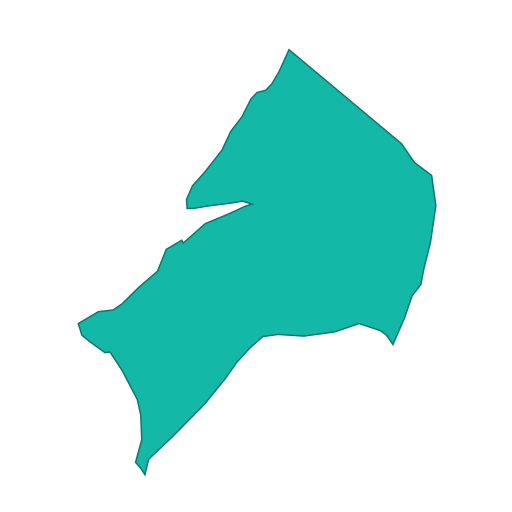 the district of Girga, Suhaj, Egypt, rotated 261°
{"feature_id": "37247803B10377703685184", "entity_name": "Girga", "entity_type": "district", "adm_level": 2, "iso_a3": "EGY", "parent_name": "Egypt", "parent_adm1": "Suhaj", "projection": "mercator", "projection_center": [31.887, 26.348], "detail": "fine", "context": "isolated", "style": "filled", "palette": "teal", "viewbox_px": 512, "rotation_deg": 261, "n_neighbors": 0, "source": "geoboundaries", "source_scale": "gbopen_adm2", "svg_char_len": 1116}
<svg xmlns="http://www.w3.org/2000/svg" viewBox="0 0 512 512"><g transform="rotate(261 256 256)"><path d="M454.6,320.9L434.5,307.6L423.7,298.7L418.2,291.6L417.3,282.6L411.8,275.5L395.7,263.9L383.0,250.5L365.9,239.0L346.9,218.5L335.2,204.2L322.6,196.2L313.7,195.4L312.8,201.7L312.9,217.0L312.2,238.6L312.3,251.2L307.9,260.2L307.0,253.9L301.5,234.2L295.9,210.9L280.1,186.1L283.2,185.1L276.6,168.4L256.3,156.3L243.4,135.3L231.9,119.3L230.2,117.0L230.0,116.7L229.8,116.5L226.3,109.1L225.0,106.3L225.7,91.7L217.1,69.9L206.8,71.4L205.9,71.5L204.9,71.7L196.9,78.9L184.2,91.7L184.0,96.8L163.3,106.1L153.4,109.4L132.8,116.3L127.8,116.6L116.9,117.3L106.7,116.1L92.4,114.4L71.1,104.8L63.6,109.3L57.4,112.1L72.0,118.1L86.1,138.6L91.0,145.8L102.8,161.7L118.3,182.7L139.5,206.3L153.5,219.9L157.1,224.3L165.8,235.1L175.4,250.1L175.1,265.4L169.4,290.9L169.2,301.2L168.7,321.6L173.2,347.3L167.9,357.4L162.6,367.5L157.4,372.5L147.1,377.4L172.1,393.3L192.2,403.9L202.1,414.4L217.2,419.8L242.3,430.5L277.6,441.5L297.9,441.9L308.0,442.1L323.6,427.1L344.1,417.3L454.6,320.9Z" fill="#14b8a6" stroke="#0f766e" stroke-width="1.5"/></g></svg>